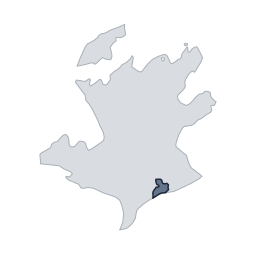 Siyəzən on a map of Azerbaijan (Albers equal-area conic projection), rotated 98°
{"feature_id": "AZE-1712", "entity_name": "Siyəzən", "entity_type": "District", "adm_level": 1, "iso_a3": "AZE", "parent_name": "Azerbaijan", "parent_adm1": "", "projection": "albers", "projection_center": [49.056, 41.028], "detail": "fine", "context": "in_parent", "style": "filled", "palette": "slate", "viewbox_px": 256, "rotation_deg": 98, "n_neighbors": 0, "source": "natural_earth", "source_scale": "10m", "svg_char_len": 3608}
<svg xmlns="http://www.w3.org/2000/svg" viewBox="0 0 256 256"><g transform="rotate(98 128 128)"><path d="M175.6,209.8L174.5,209.7L166.9,211.5L165.3,211.0L158.8,202.6L157.5,201.7L154.7,201.3L153.1,199.9L151.8,197.7L151.0,196.0L144.3,191.4L143.4,189.8L143.2,188.3L144.3,187.0L145.4,185.9L148.7,184.8L152.5,183.9L153.7,183.2L154.4,182.0L154.4,180.1L153.7,178.2L148.3,174.7L147.7,173.3L147.6,171.4L147.9,169.5L148.8,168.1L153.2,166.1L155.6,164.0L154.2,161.7L149.4,156.3L143.8,150.4L140.0,150.3L135.7,151.9L128.6,156.8L124.7,158.9L119.6,162.3L114.0,166.2L109.4,170.2L106.5,173.6L101.4,175.0L98.8,177.8L90.1,186.3L87.8,186.1L87.7,181.8L88.0,178.4L87.5,176.4L84.8,173.6L84.8,172.5L85.6,171.8L87.7,172.3L90.3,172.2L91.7,171.2L88.9,167.5L86.4,165.1L84.3,163.4L83.8,162.4L83.9,161.8L84.3,161.0L88.1,159.1L88.5,157.3L88.3,155.3L82.6,152.2L78.2,153.1L74.3,149.7L71.9,147.0L68.9,144.2L66.1,142.6L63.6,139.0L59.1,135.3L56.1,134.2L56.2,133.6L56.8,133.0L58.0,132.5L66.3,132.9L67.3,132.3L67.9,130.8L69.1,128.6L70.6,125.3L70.6,122.5L62.4,117.7L56.6,113.3L52.7,107.7L50.0,102.5L50.2,100.9L51.1,99.3L57.7,94.9L58.2,93.8L58.0,92.9L55.9,90.5L53.1,87.9L52.3,86.1L50.5,85.1L47.1,84.9L41.3,81.7L40.0,81.3L39.7,80.7L40.1,80.1L44.4,79.1L44.4,78.1L43.1,76.7L40.8,75.6L38.7,73.2L38.0,71.0L46.0,65.1L48.3,63.9L53.3,65.3L63.5,69.8L62.7,72.1L63.8,73.5L66.1,75.3L70.6,77.3L74.5,78.3L76.5,77.6L79.5,77.0L83.4,79.2L86.9,82.0L88.6,83.1L89.6,83.4L92.4,82.6L95.7,79.4L97.1,75.3L97.6,73.4L95.7,70.6L91.9,67.6L87.6,64.9L84.8,62.5L83.1,58.0L81.3,57.4L80.9,56.8L80.7,55.3L80.8,53.1L81.5,51.5L83.3,50.9L85.1,50.7L86.7,49.1L88.9,46.1L89.8,44.5L93.5,45.5L94.0,48.3L94.6,48.9L96.2,48.6L98.9,47.5L101.0,48.5L103.6,51.8L107.2,55.4L109.2,57.8L109.9,59.4L111.8,61.0L114.6,62.9L116.7,65.8L118.6,72.5L120.6,74.1L127.8,76.8L130.3,77.4L137.4,78.4L139.9,77.8L143.6,72.0L147.0,66.2L150.1,65.0L155.6,62.2L159.0,59.5L160.4,56.6L163.5,51.1L165.5,48.0L168.7,50.8L174.3,58.2L182.4,70.4L184.4,73.8L185.7,77.8L186.8,82.6L188.7,86.9L197.0,97.6L200.6,101.6L206.4,106.7L208.5,107.8L211.3,108.1L216.3,108.1L220.9,110.0L223.2,111.4L225.6,113.4L227.8,115.7L230.0,122.0L221.9,120.0L213.8,120.4L209.2,121.8L204.8,123.7L200.5,126.3L197.9,131.4L195.7,143.2L192.4,154.2L192.5,159.3L194.0,164.1L193.8,166.5L192.3,167.4L190.4,169.5L187.9,179.6L186.6,181.6L185.0,182.9L184.5,181.7L184.6,179.0L181.0,176.7L179.1,179.3L177.8,184.9L175.1,190.7L175.0,191.8L175.6,209.8ZM56.3,103.8L56.8,102.3L55.8,101.5L54.7,101.5L53.8,102.2L53.7,104.2L54.9,104.6L56.3,103.8ZM27.7,148.4L26.5,146.8L26.0,145.8L29.6,145.3L35.7,143.4L37.3,144.5L39.0,146.8L39.8,148.7L39.8,152.2L40.5,152.8L43.4,151.8L44.7,153.3L46.9,155.0L50.7,156.9L56.5,154.5L59.3,153.9L61.6,154.1L62.8,154.9L63.1,157.7L62.6,161.0L61.8,162.8L63.0,164.2L67.5,167.6L69.4,169.5L68.3,172.6L71.5,180.3L72.6,183.3L73.8,187.0L66.7,185.4L54.1,181.8L50.6,180.1L47.4,175.7L45.6,173.5L42.7,170.8L40.4,169.7L38.6,167.8L37.7,165.0L36.3,162.5L33.8,159.5L28.4,149.5L27.7,148.4ZM38.2,83.5L37.4,84.0L36.3,83.4L36.0,82.2L36.1,80.9L37.3,80.7L38.2,81.1L38.5,82.3L38.2,83.5Z" fill="#d9dde1" stroke="#a8b0b8" stroke-width="1"/><path d="M186.7,81.5L186.9,82.0L187.6,85.4L189.3,88.3L193.6,93.1L193.9,93.6L193.7,93.7L192.3,93.6L190.9,93.9L189.2,94.3L187.5,94.2L186.0,93.6L184.5,92.7L183.5,92.3L182.6,91.7L182.4,90.0L181.6,89.3L180.8,89.5L180.2,90.2L180.1,90.9L179.8,91.6L178.7,92.3L177.4,92.7L176.2,93.2L175.0,93.2L174.5,91.1L174.2,88.9L174.8,87.6L175.8,86.9L176.5,86.8L177.2,86.6L177.7,86.0L178.1,85.2L178.1,83.4L177.4,81.8L178.6,80.1L181.2,80.1L182.3,79.7L183.4,79.3L184.8,80.4L186.2,81.6L186.7,81.5Z" fill="#64748b" stroke="#1e293b" stroke-width="1.5"/></g></svg>